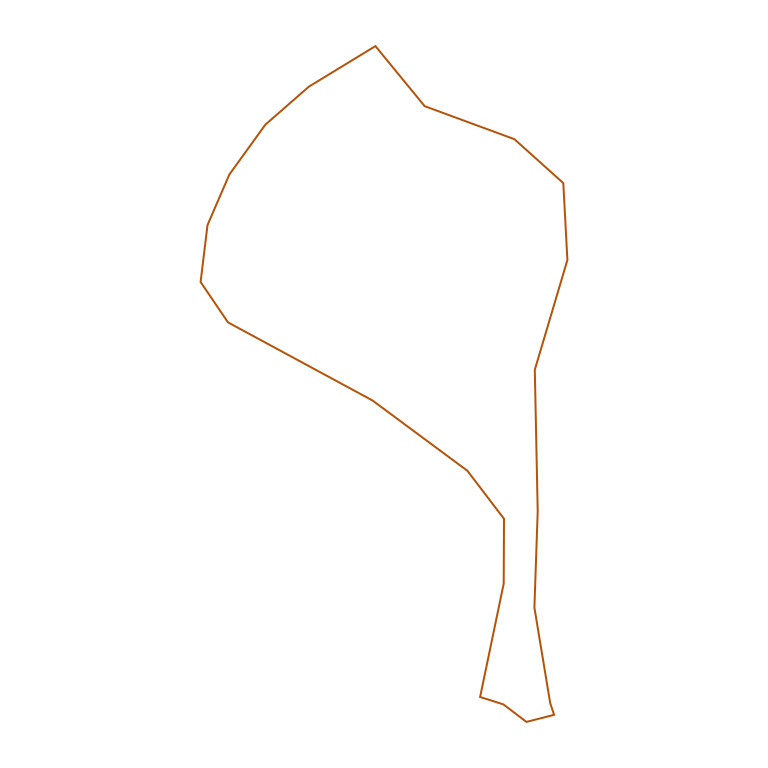 SVG path tracing the border of Kapchorwa
{"feature_id": "UGA-3112", "entity_name": "Kapchorwa", "entity_type": "District", "adm_level": 1, "iso_a3": "UGA", "parent_name": "Uganda", "parent_adm1": "", "projection": "equal_earth", "projection_center": [34.481, 1.268], "detail": "fine", "context": "isolated", "style": "outline", "palette": "amber", "viewbox_px": 768, "rotation_deg": 0, "n_neighbors": 0, "source": "natural_earth", "source_scale": "10m", "svg_char_len": 425}
<svg xmlns="http://www.w3.org/2000/svg" viewBox="0 0 768 768"><path d="M554.1,714.8L526.4,721.9L503.4,704.4L480.1,697.0L503.7,583.7L504.0,518.8L467.4,470.8L372.5,400.5L228.0,322.4L200.6,282.0L207.5,225.1L229.3,174.6L265.3,124.7L308.9,86.6L375.4,46.1L424.7,106.2L514.4,139.2L563.3,183.1L567.4,260.0L534.8,369.8L537.7,511.3L534.4,607.6L550.2,703.1L554.0,714.5L554.1,714.8Z" fill="none" stroke="#b45309" stroke-width="2"/></svg>